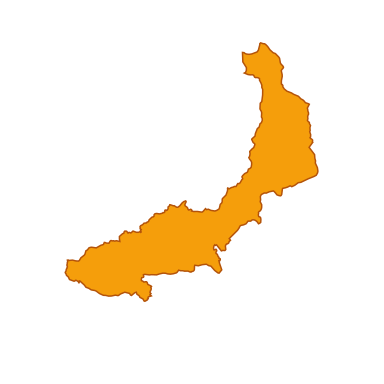 the district of Teregova, Caras-Severin, Romania, rotated 323°
{"feature_id": "2599482B41858605084991", "entity_name": "Teregova", "entity_type": "district", "adm_level": 2, "iso_a3": "ROU", "parent_name": "Romania", "parent_adm1": "Caras-Severin", "projection": "orthographic", "projection_center": [22.378, 45.199], "detail": "fine", "context": "isolated", "style": "filled", "palette": "amber", "viewbox_px": 384, "rotation_deg": 323, "n_neighbors": 0, "source": "geoboundaries", "source_scale": "gbopen_adm2", "svg_char_len": 6070}
<svg xmlns="http://www.w3.org/2000/svg" viewBox="0 0 384 384"><g transform="rotate(323 192 192)"><path d="M209.8,248.1L210.9,248.1L213.5,249.3L216.1,249.9L219.2,249.0L221.4,250.6L223.1,250.5L224.0,250.9L225.1,252.0L225.7,253.3L226.1,254.9L226.0,257.4L227.3,257.7L228.6,257.6L230.4,255.5L231.2,254.1L231.4,253.3L230.5,251.7L231.2,250.2L232.2,249.3L232.8,248.3L233.5,248.0L235.4,248.1L237.3,247.2L238.5,246.1L240.0,244.1L240.6,240.8L242.1,239.5L243.8,236.8L245.4,235.9L246.2,235.8L249.1,236.3L250.7,237.6L253.7,238.3L257.6,240.1L257.9,241.0L258.1,243.1L258.1,245.3L259.0,246.8L260.1,248.1L260.6,248.4L261.4,248.3L262.2,247.9L266.1,243.9L266.7,243.7L269.0,244.8L271.3,245.6L274.1,246.1L274.9,247.8L278.2,248.5L282.4,248.5L284.8,249.8L292.8,251.4L298.7,253.0L301.3,253.4L303.8,252.3L305.1,251.1L306.8,248.0L307.9,243.1L309.4,241.5L310.4,239.0L312.4,235.9L312.4,226.8L318.3,225.0L318.1,224.6L319.3,223.5L319.6,222.9L319.4,221.7L319.0,220.9L318.9,219.7L319.8,219.4L321.3,217.6L322.3,214.6L323.2,214.2L324.9,211.6L326.7,210.2L326.9,208.1L327.6,207.0L327.2,205.6L327.3,204.2L328.6,203.3L329.6,201.6L330.8,200.5L331.8,200.1L332.7,198.9L333.2,197.2L334.1,195.7L334.6,194.4L338.5,192.5L338.1,191.5L336.3,188.9L336.3,187.0L336.0,185.2L335.0,183.1L334.6,179.6L332.0,175.2L331.1,172.8L328.5,168.6L327.7,165.2L327.9,162.6L328.7,161.5L328.7,160.4L328.3,160.1L328.6,159.2L330.4,156.9L333.6,154.0L334.7,152.4L336.3,148.8L337.7,148.2L338.9,148.1L340.2,147.4L340.4,145.8L340.1,143.6L340.3,142.0L342.4,137.9L342.5,136.3L341.9,131.6L340.6,129.6L339.8,125.2L340.0,121.3L339.6,118.4L339.1,117.2L338.1,116.4L336.6,114.2L335.5,114.3L334.5,115.4L330.3,118.7L328.3,119.3L327.5,119.1L322.8,117.7L320.4,116.4L318.5,114.6L317.6,113.0L317.5,112.1L316.3,110.9L310.9,118.7L310.3,125.4L308.6,127.6L306.8,128.7L305.4,128.5L307.4,131.9L308.9,133.4L311.0,134.9L311.5,136.1L311.1,137.9L311.7,139.0L312.7,139.6L313.8,140.9L314.1,142.2L313.2,143.3L312.7,146.4L312.0,148.8L310.7,150.5L310.2,152.6L306.8,157.0L303.9,160.0L302.1,161.8L299.9,162.2L296.4,166.4L296.1,167.2L295.9,169.2L295.3,170.7L292.6,173.9L292.3,175.6L291.1,177.2L289.1,178.4L287.5,178.4L284.8,180.5L282.3,180.7L277.9,183.4L275.9,185.3L271.9,185.6L271.3,186.0L270.6,189.3L271.1,191.1L270.7,192.0L268.0,193.7L266.2,193.7L262.6,194.3L262.2,194.8L261.5,196.2L260.5,197.3L259.2,198.3L258.1,198.7L257.8,200.2L257.8,202.9L257.4,204.3L256.2,205.9L254.2,207.8L252.9,208.1L250.8,207.7L248.8,209.2L247.9,209.5L245.1,209.0L242.5,209.4L241.2,209.8L240.9,210.2L240.6,211.7L240.2,212.1L239.1,212.2L236.0,213.6L234.7,213.6L233.6,212.8L230.5,214.1L229.1,213.0L228.2,213.0L226.0,212.1L223.6,211.8L223.0,210.3L222.6,210.4L222.0,211.4L220.8,212.6L217.3,214.9L212.3,215.6L211.5,216.3L210.3,217.9L209.2,218.6L207.1,218.9L204.0,221.5L203.2,221.8L200.8,221.6L198.9,221.0L196.0,218.0L194.7,215.6L193.0,214.8L192.8,213.4L189.6,214.1L188.3,214.2L187.4,213.7L184.6,210.8L181.5,208.5L180.2,206.9L180.9,206.5L180.9,205.8L180.7,205.2L180.4,204.9L179.2,204.7L178.4,204.2L178.4,203.6L178.9,202.0L178.8,200.9L178.2,199.0L178.5,198.0L179.5,197.3L181.4,196.3L181.6,195.8L181.6,195.3L179.6,194.7L177.4,194.8L173.9,195.7L171.6,195.7L170.6,195.0L169.5,192.2L168.8,191.8L167.2,189.4L166.6,188.8L165.8,189.4L163.8,189.6L163.0,190.9L161.3,191.5L160.7,191.5L160.3,190.6L159.3,190.3L158.3,191.5L157.2,191.6L156.4,191.0L155.7,191.2L152.8,189.9L150.9,187.9L149.4,187.1L148.1,187.3L147.0,188.5L146.3,188.6L145.0,188.0L143.7,188.1L141.1,188.4L139.7,189.3L139.0,189.4L138.0,189.0L137.1,189.3L134.8,188.0L133.1,188.4L130.6,188.0L129.5,188.5L129.0,189.8L128.6,189.9L128.4,190.5L128.8,191.5L127.3,192.0L127.5,192.6L127.4,193.1L127.2,193.4L126.7,193.4L126.6,192.5L124.9,191.9L123.3,190.7L121.4,187.7L118.5,187.9L117.7,186.6L117.3,186.3L116.2,186.3L116.2,184.0L114.9,182.8L114.0,182.9L112.7,183.9L111.4,183.5L107.3,183.8L105.8,185.8L104.6,188.1L102.3,185.4L100.7,184.7L100.0,183.7L98.8,183.0L98.3,182.2L97.8,181.9L96.9,182.0L94.9,182.9L93.0,181.4L92.1,179.9L91.6,179.5L89.9,180.5L89.2,180.5L87.2,179.7L81.9,179.0L78.6,175.7L77.4,175.0L76.1,174.6L73.7,175.3L71.9,175.1L69.1,177.2L68.0,177.6L63.6,177.7L61.1,178.8L59.9,178.9L57.8,177.2L55.6,174.5L52.5,172.6L52.3,171.9L51.5,171.4L50.7,172.9L49.7,173.5L48.9,174.6L48.1,175.0L47.9,176.0L47.3,176.9L46.9,176.9L46.4,177.6L45.2,178.0L43.8,179.3L42.5,179.8L42.2,180.2L42.1,181.6L41.6,183.1L42.1,185.3L41.5,188.2L44.0,192.1L44.8,192.6L45.7,192.4L46.2,192.6L47.0,194.4L47.2,195.6L47.1,196.2L46.5,196.7L47.4,196.4L48.3,195.2L48.7,195.3L48.9,195.6L50.0,201.3L50.0,204.3L51.6,206.8L52.6,209.5L55.2,212.3L55.9,213.6L57.0,217.4L59.0,221.1L60.9,222.7L62.8,225.0L65.1,226.6L68.8,228.3L70.4,230.1L71.1,230.4L73.5,230.4L78.0,231.6L81.1,235.4L80.9,237.3L81.4,238.2L85.6,238.0L87.2,238.5L86.5,240.6L87.3,242.7L87.3,243.5L87.0,244.8L88.5,248.0L88.1,250.1L88.6,250.9L90.9,251.3L91.8,251.2L92.1,250.7L92.9,250.8L93.3,249.9L94.0,249.5L97.0,250.5L96.9,249.9L96.5,249.1L96.7,248.6L98.1,248.4L97.9,247.1L99.0,246.0L99.5,246.0L101.1,244.9L101.7,243.8L101.7,243.3L102.8,243.1L102.7,242.3L101.1,239.2L101.7,237.5L101.7,236.4L100.9,235.7L99.4,235.0L99.0,233.5L98.3,232.3L99.0,231.2L100.3,230.2L101.9,230.9L102.5,230.6L103.4,228.8L104.1,229.0L105.0,229.6L108.0,232.5L110.0,233.7L113.9,236.9L116.6,237.8L119.9,239.3L121.9,240.9L123.3,242.8L125.3,244.6L127.8,246.0L130.9,247.2L132.1,247.1L134.3,246.4L135.4,247.9L137.2,249.3L138.5,250.8L141.2,252.8L142.3,254.7L143.1,255.4L143.5,255.2L145.0,255.9L146.3,255.9L147.2,255.4L149.5,252.6L150.2,252.2L152.6,254.7L156.6,256.3L159.8,258.2L160.1,258.5L161.0,260.8L162.5,262.6L162.9,268.3L164.0,272.2L164.8,273.1L168.9,272.1L171.0,265.7L172.2,263.0L173.0,263.6L173.9,263.0L174.3,262.2L173.7,261.1L174.2,260.3L174.0,259.3L174.6,257.4L174.6,256.5L174.2,255.6L174.9,254.5L176.4,253.9L176.8,252.8L176.7,252.1L175.4,251.9L174.7,251.3L175.5,249.7L177.0,248.3L178.4,247.9L178.5,248.7L179.8,249.0L180.0,256.7L181.5,257.2L183.0,258.5L183.6,258.5L184.4,258.2L186.0,255.5L186.7,254.8L188.3,254.3L189.2,254.8L190.6,254.8L191.9,253.9L193.7,253.7L193.7,251.6L205.2,250.0L207.9,249.1L209.8,248.1Z" fill="#f59e0b" stroke="#b45309" stroke-width="1.5"/></g></svg>